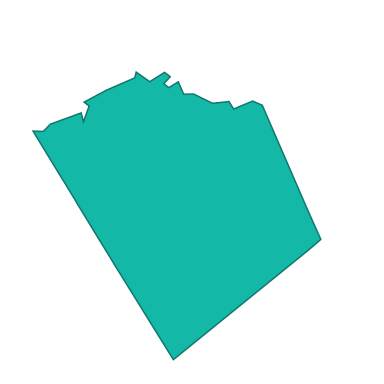 the district of Montgomery, Tennessee, United States of America, rotated 239°
{"feature_id": "52423323B95053612066868", "entity_name": "Montgomery", "entity_type": "district", "adm_level": 2, "iso_a3": "USA", "parent_name": "United States of America", "parent_adm1": "Tennessee", "projection": "albers", "projection_center": [-87.301, 36.477], "detail": "fine", "context": "isolated", "style": "filled", "palette": "teal", "viewbox_px": 384, "rotation_deg": 239, "n_neighbors": 0, "source": "geoboundaries", "source_scale": "gbopen_adm2", "svg_char_len": 685}
<svg xmlns="http://www.w3.org/2000/svg" viewBox="0 0 384 384"><g transform="rotate(239 192 192)"><path d="M57.9,89.7L82.2,261.6L85.0,278.0L113.7,281.5L122.5,282.6L230.2,296.9L238.7,290.8L241.7,270.4L250.5,270.3L257.4,255.3L275.2,243.8L280.1,235.2L293.5,237.0L293.4,225.9L299.3,223.6L302.0,232.7L308.7,230.1L308.3,212.6L323.5,205.9L319.3,201.8L323.4,170.7L324.6,145.8L318.7,148.1L308.1,135.2L316.9,137.7L323.1,105.5L320.5,95.7L326.1,87.1L267.2,87.5L266.9,87.6L258.5,87.6L242.8,87.7L241.2,87.6L224.2,87.7L213.5,87.8L209.3,87.8L207.4,87.8L188.1,88.0L173.5,88.1L168.1,88.1L162.2,88.2L157.7,88.3L97.7,89.1L96.7,89.1L57.9,89.7Z" fill="#14b8a6" stroke="#0f766e" stroke-width="1.5"/></g></svg>